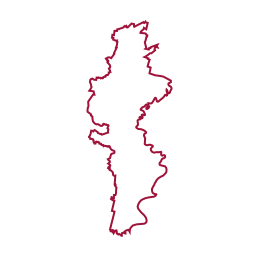 Texistepec, Veracruz, Mexico (Natural Earth projection), rotated 8°
{"feature_id": "50627088B36629639951607", "entity_name": "Texistepec", "entity_type": "district", "adm_level": 2, "iso_a3": "MEX", "parent_name": "Mexico", "parent_adm1": "Veracruz", "projection": "natural_earth1", "projection_center": [-94.8, 17.777], "detail": "fine", "context": "isolated", "style": "outline", "palette": "rose", "viewbox_px": 256, "rotation_deg": 8, "n_neighbors": 0, "source": "geoboundaries", "source_scale": "gbopen_adm2", "svg_char_len": 5883}
<svg xmlns="http://www.w3.org/2000/svg" viewBox="0 0 256 256"><g transform="rotate(8 128 128)"><path d="M169.9,160.8L165.0,160.3L164.6,160.0L164.2,159.1L164.2,158.2L165.4,156.2L165.7,154.6L166.6,153.4L167.8,152.9L168.8,151.8L168.7,150.6L168.2,150.0L167.4,149.8L165.7,150.6L164.9,150.3L164.4,149.2L164.3,147.3L164.0,147.0L162.0,147.7L159.9,147.9L157.1,148.8L155.3,148.3L154.3,147.4L153.6,146.3L153.5,145.5L153.9,144.4L155.0,143.1L155.1,142.5L154.3,141.9L152.3,141.5L150.4,141.9L149.6,142.4L148.6,142.4L147.1,141.8L146.8,141.4L146.4,135.7L145.0,133.6L144.8,132.8L145.2,131.4L146.4,130.4L146.5,130.1L146.4,129.6L145.3,128.7L143.8,128.0L141.4,127.4L138.3,127.5L137.5,127.2L136.2,126.5L136.0,125.8L137.4,123.6L137.3,122.6L136.5,119.8L136.5,119.2L137.1,118.3L139.1,117.6L139.4,117.1L139.3,116.7L138.0,115.9L138.2,115.6L138.4,115.3L139.0,115.3L140.1,116.2L140.8,116.2L141.0,115.2L140.8,114.7L139.8,113.3L139.9,112.9L140.2,112.7L142.5,113.0L143.0,112.7L143.0,112.2L141.0,109.1L138.1,108.2L138.0,107.8L138.2,107.2L138.8,106.2L140.1,105.0L141.4,104.4L142.2,102.8L143.1,102.1L144.2,102.4L144.4,103.0L144.4,103.7L143.5,105.3L143.4,106.0L143.6,106.5L144.3,106.5L144.9,106.1L145.8,104.8L146.0,103.9L144.7,102.3L144.9,101.5L144.7,100.6L146.9,100.6L147.8,100.3L148.3,99.8L149.5,97.3L150.2,95.1L150.7,94.3L151.1,94.3L151.6,94.7L152.9,97.4L153.3,97.8L154.1,97.7L154.8,97.1L158.8,92.7L160.2,90.0L161.2,89.9L161.7,90.5L162.2,90.1L162.1,88.4L160.9,85.6L160.9,84.6L161.2,84.8L162.5,87.2L163.6,87.9L164.1,87.7L164.5,87.2L164.8,85.3L165.6,83.5L165.5,82.3L164.9,81.3L162.4,80.1L161.8,78.7L162.1,78.0L164.1,76.7L163.8,75.1L155.9,72.2L152.6,72.0L147.4,72.0L141.7,70.9L142.0,65.0L138.9,64.4L139.2,61.2L139.9,57.4L138.1,56.9L138.3,56.2L134.5,55.4L136.2,54.2L139.4,51.0L140.8,50.7L144.0,47.3L143.3,46.5L143.7,43.8L146.0,44.1L145.1,42.8L145.6,41.4L139.4,44.7L139.2,45.7L137.9,45.8L137.7,47.4L134.3,47.1L135.0,46.4L132.7,40.7L133.2,39.2L133.5,35.9L133.8,34.6L134.2,34.6L134.2,33.5L133.0,33.0L132.5,32.2L131.6,31.9L127.1,32.1L127.2,31.0L129.9,27.6L129.9,26.6L132.3,27.7L132.9,21.2L130.6,20.9L130.4,20.4L129.5,21.7L129.0,21.4L129.0,21.7L128.8,21.7L128.1,21.3L120.1,26.9L119.6,26.0L119.5,24.3L117.0,24.1L113.7,28.4L112.9,28.1L112.4,27.5L112.2,28.2L110.8,27.3L110.2,27.8L109.5,29.1L108.6,29.4L108.2,29.9L106.5,30.5L105.2,31.4L104.5,31.4L104.2,31.8L103.6,31.9L103.6,33.4L101.1,33.7L101.2,37.9L99.6,37.9L99.6,40.8L101.0,40.8L101.0,42.5L103.8,43.2L104.9,42.9L104.9,44.1L105.5,44.2L105.5,45.7L105.4,48.0L104.9,50.0L105.6,50.0L103.7,55.9L104.2,56.4L101.6,61.2L100.5,60.7L99.0,60.7L98.2,61.0L96.5,62.3L97.1,63.0L97.5,62.7L98.1,64.2L99.0,64.0L99.2,65.0L98.6,66.0L101.3,68.2L101.9,70.0L101.8,70.5L100.8,71.8L101.3,72.5L101.7,72.9L102.1,73.4L102.0,73.8L102.7,74.9L102.3,75.0L102.2,75.4L101.2,75.7L101.5,76.5L100.6,78.4L99.6,78.4L99.0,78.7L98.8,79.5L98.3,79.7L98.4,80.4L97.9,80.4L97.3,80.8L96.8,80.8L96.2,81.4L96.3,82.0L95.8,82.4L95.1,82.2L94.1,82.6L93.9,82.1L92.4,82.3L91.4,82.0L91.1,82.2L91.1,82.6L89.9,82.5L89.8,84.8L87.6,84.9L85.8,84.0L84.4,84.9L84.0,85.4L83.9,87.8L85.0,89.5L85.6,91.3L86.2,92.5L85.6,94.4L84.5,96.5L88.8,96.5L90.1,99.7L88.7,99.8L84.9,107.5L85.8,111.8L85.4,113.9L85.4,116.1L85.8,117.6L89.5,119.6L89.5,120.7L91.2,121.7L91.3,123.0L92.4,126.3L94.3,128.1L96.2,128.8L96.9,128.5L98.1,128.5L100.8,129.7L102.0,129.5L102.8,128.3L102.8,127.6L103.1,127.4L103.5,127.8L104.0,127.3L105.0,127.8L105.8,127.6L105.9,127.9L107.7,127.8L108.3,128.1L108.4,128.7L107.8,130.1L107.7,131.1L108.7,131.9L108.7,135.0L108.9,135.3L103.1,138.2L102.8,138.2L102.3,137.6L101.6,137.8L98.9,137.1L98.5,136.3L95.5,134.8L95.1,134.7L94.1,136.1L93.9,135.8L91.9,135.8L91.8,139.0L91.2,141.2L90.6,142.0L90.8,142.6L91.9,143.3L92.2,144.1L93.4,143.8L94.8,144.0L95.0,144.6L95.7,145.0L95.8,146.5L97.0,148.1L97.3,148.0L97.1,147.5L97.3,147.3L97.9,147.6L98.0,146.4L98.6,145.9L99.5,146.4L100.3,145.9L100.8,146.3L101.4,146.3L101.8,147.5L103.3,147.3L103.6,147.6L103.6,148.0L104.0,148.1L104.3,148.5L105.8,148.4L106.1,149.0L106.3,148.6L106.9,149.0L108.3,148.8L109.1,149.1L109.5,148.8L110.2,149.2L110.7,148.9L110.9,149.2L111.4,148.9L111.6,149.2L112.1,149.3L112.4,148.9L112.9,149.5L113.4,150.6L114.0,151.3L115.3,152.1L117.4,152.6L117.9,153.2L118.0,154.2L117.7,154.8L115.6,155.7L114.8,156.6L114.4,160.3L112.4,161.7L113.2,162.6L114.4,163.2L114.8,164.0L114.7,164.5L113.3,166.0L115.5,167.2L115.7,167.6L115.5,168.3L114.1,169.5L113.8,170.5L114.6,170.9L115.4,169.8L115.6,170.1L115.4,171.8L115.6,172.1L116.6,172.2L118.8,173.7L119.3,174.4L119.6,175.9L120.0,176.8L121.1,177.3L122.1,176.9L122.6,185.4L123.0,185.3L123.1,186.3L123.6,186.2L123.7,187.1L123.6,187.4L124.9,188.6L124.8,190.2L125.2,194.3L124.9,196.2L123.4,196.3L123.8,199.2L121.4,198.8L121.1,200.6L122.8,200.8L122.7,201.6L124.6,201.8L123.6,212.3L126.3,212.7L124.3,231.1L124.9,231.3L125.2,232.6L125.8,232.5L125.8,232.2L126.5,231.3L127.4,231.3L127.2,232.7L126.9,232.6L126.9,232.9L127.3,233.4L128.0,233.4L128.4,234.1L128.7,233.4L128.4,232.5L128.9,231.9L130.2,231.7L130.4,231.1L130.8,231.0L131.3,232.1L131.1,233.2L131.7,234.0L132.0,233.8L132.9,234.7L133.5,234.7L134.0,234.2L134.7,234.6L135.7,234.7L136.3,235.5L136.8,235.6L136.9,235.1L136.5,233.9L136.6,233.2L136.8,232.8L137.9,232.5L138.4,231.9L139.5,232.8L140.2,232.8L140.0,231.7L139.3,231.0L139.6,230.4L140.4,229.7L141.4,229.4L142.2,228.8L142.9,228.7L143.1,229.3L144.1,230.6L144.0,229.3L144.3,226.8L146.3,223.9L150.0,222.2L157.4,220.5L158.5,219.7L159.1,218.9L159.4,218.2L159.2,216.6L158.3,214.4L156.1,212.1L152.6,209.6L149.2,206.3L148.5,204.6L148.6,203.3L149.1,201.3L150.0,199.3L151.3,197.5L152.2,196.8L155.0,195.1L157.7,194.0L163.2,192.4L164.7,191.3L165.3,189.9L164.9,189.6L163.7,189.7L162.0,189.1L161.1,188.2L160.5,186.7L160.2,185.0L161.1,182.3L161.9,180.6L162.2,178.9L163.0,177.4L163.6,175.5L164.2,174.9L164.6,174.0L166.8,172.0L169.5,170.2L171.5,167.5L172.1,166.2L172.0,164.3L171.7,162.9L171.1,161.8L169.9,160.8Z" fill="none" stroke="#9f1239" stroke-width="2"/></g></svg>